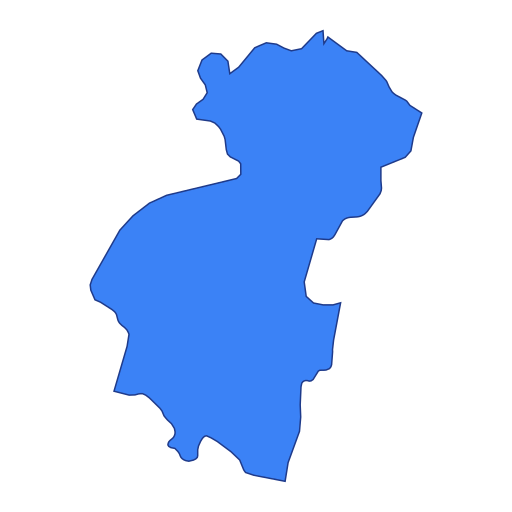 map outline of Santa Ana (orthographic projection)
{"feature_id": "SLV-1358", "entity_name": "Santa Ana", "entity_type": "Department", "adm_level": 1, "iso_a3": "SLV", "parent_name": "El Salvador", "parent_adm1": "", "projection": "orthographic", "projection_center": [-89.512, 14.11], "detail": "fine", "context": "isolated", "style": "filled", "palette": "blue", "viewbox_px": 512, "rotation_deg": 0, "n_neighbors": 0, "source": "natural_earth", "source_scale": "10m", "svg_char_len": 2362}
<svg xmlns="http://www.w3.org/2000/svg" viewBox="0 0 512 512"><path d="M95.0,299.8L90.8,290.1L90.2,284.9L92.0,279.4L119.9,230.1L133.0,215.8L149.5,203.1L166.6,195.3L236.6,178.5L240.8,174.3L240.7,163.8L238.6,161.1L230.3,156.9L227.5,154.1L226.3,149.7L225.1,139.5L224.2,136.3L220.5,129.1L218.6,126.6L214.8,123.0L210.3,121.0L196.7,119.1L192.7,109.6L196.5,104.0L203.1,99.3L207.2,92.7L205.3,84.9L200.5,78.2L197.8,70.7L202.0,60.0L211.2,53.2L220.8,54.0L227.9,61.2L229.8,73.7L238.7,67.2L254.7,47.8L259.2,45.8L266.3,42.8L276.6,44.2L284.0,48.1L291.3,50.8L301.6,48.7L316.4,33.3L323.0,30.7L323.9,43.7L327.2,38.6L327.9,37.0L346.7,50.8L346.8,50.8L356.8,52.4L381.7,75.6L386.0,80.5L386.8,81.7L389.0,86.8L391.9,91.7L393.4,93.2L395.7,95.0L405.3,100.1L406.8,101.2L409.9,105.4L421.8,113.0L413.4,137.3L410.9,150.9L405.2,157.3L380.9,167.2L380.9,180.6L381.5,188.1L381.2,190.6L380.0,193.8L367.4,211.3L365.1,213.6L363.8,214.6L362.3,215.4L360.7,216.1L358.9,216.6L356.9,216.9L350.2,217.3L348.4,217.6L346.7,218.1L345.1,218.8L343.8,219.7L342.5,220.8L334.9,234.7L333.4,236.9L332.1,238.1L330.6,239.0L329.0,239.6L316.7,238.8L304.2,281.9L306.2,296.4L313.5,303.0L323.2,304.9L333.0,304.9L340.6,302.8L333.6,340.0L332.5,349.7L332.6,351.8L331.6,364.7L330.9,366.8L329.5,368.6L326.1,370.0L323.7,370.2L321.5,370.2L319.7,370.3L318.3,371.1L313.1,379.5L311.0,380.9L309.2,381.1L307.5,380.6L305.8,380.5L304.2,380.9L302.8,381.8L301.8,383.1L301.0,386.8L300.2,404.8L300.7,417.0L299.5,431.3L288.1,462.6L285.1,481.3L254.0,475.3L245.6,472.5L244.6,471.2L243.7,469.8L239.7,460.0L231.1,451.8L217.3,441.5L211.0,437.8L206.5,435.8L204.8,436.2L203.5,437.2L202.4,438.4L200.6,441.3L198.5,446.0L197.7,449.7L197.7,455.7L197.3,457.4L195.8,458.9L193.4,460.1L188.8,461.2L185.7,460.6L183.6,459.7L182.1,458.6L181.0,457.4L180.2,455.8L179.4,453.7L177.9,451.5L174.9,448.4L170.8,447.6L168.7,446.3L167.9,444.9L168.2,443.2L168.9,441.7L170.1,440.4L172.6,438.3L173.6,437.2L174.4,435.7L175.0,433.8L175.1,431.9L174.4,428.4L171.5,423.7L167.5,420.0L165.5,417.7L164.0,415.8L162.0,411.0L160.0,408.3L149.4,397.9L145.7,395.1L142.6,393.7L140.5,393.7L138.6,393.9L135.0,394.9L129.1,395.1L114.0,391.2L127.1,346.3L129.0,334.3L128.4,332.7L127.0,330.1L126.9,329.9L124.6,327.5L121.9,325.4L119.6,323.1L118.6,321.6L117.9,320.0L116.5,314.6L115.7,313.1L114.6,311.7L112.2,309.7L100.5,302.2L95.0,299.8Z" fill="#3b82f6" stroke="#1e3a8a" stroke-width="1.5"/></svg>